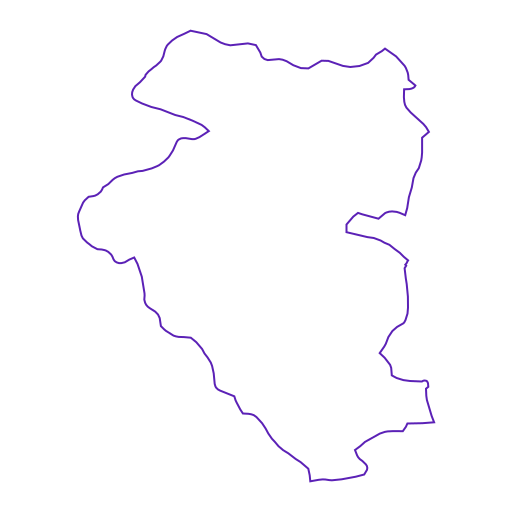 SVG path tracing the border of Bulgan
{"feature_id": "MNG-3323", "entity_name": "Bulgan", "entity_type": "Province", "adm_level": 1, "iso_a3": "MNG", "parent_name": "Mongolia", "parent_adm1": "", "projection": "robinson", "projection_center": [103.32, 48.825], "detail": "fine", "context": "isolated", "style": "outline", "palette": "violet", "viewbox_px": 512, "rotation_deg": 0, "n_neighbors": 0, "source": "natural_earth", "source_scale": "10m", "svg_char_len": 3595}
<svg xmlns="http://www.w3.org/2000/svg" viewBox="0 0 512 512"><path d="M190.5,30.7L206.6,34.1L220.6,42.5L225.1,44.2L230.3,45.3L247.9,43.4L255.9,45.1L260.3,52.5L261.7,56.6L264.4,59.0L267.7,60.1L279.0,59.1L282.6,59.7L286.6,61.2L293.3,65.2L300.9,68.1L308.4,68.4L321.6,60.7L328.4,60.9L342.9,65.9L350.3,67.0L359.5,66.0L368.1,62.9L373.6,57.8L376.0,54.6L381.9,51.1L385.0,48.6L396.1,56.4L404.6,65.8L405.9,68.0L407.7,72.6L408.2,75.0L408.6,79.8L415.4,85.5L414.7,86.7L413.6,87.7L411.6,88.6L409.3,89.1L404.1,89.3L403.9,97.2L404.3,101.8L405.0,104.8L406.4,107.6L410.7,112.5L423.4,124.0L426.1,127.2L428.9,131.9L422.1,137.7L422.1,152.6L421.7,157.4L421.2,160.5L418.8,168.2L415.8,172.6L413.5,178.1L411.8,187.5L408.9,197.2L407.2,208.1L405.2,215.2L399.6,212.8L396.7,211.9L392.1,211.4L389.1,211.7L386.4,212.5L385.1,213.1L378.5,218.7L362.2,214.3L358.0,212.9L353.3,216.6L346.5,224.5L346.5,232.2L367.4,237.1L373.8,238.0L380.6,240.5L384.4,242.7L389.4,244.8L394.6,249.0L399.8,252.8L403.8,256.8L408.1,260.4L407.5,261.3L406.5,263.3L405.3,264.7L406.2,265.7L404.6,268.2L405.8,278.3L406.7,284.0L407.9,296.6L408.0,307.6L407.5,313.6L405.5,320.0L404.3,322.3L403.4,323.3L397.1,326.9L392.4,331.0L388.4,337.0L385.8,343.8L384.3,346.5L379.7,353.1L384.6,357.7L390.1,364.8L391.2,367.9L391.8,375.4L396.6,378.0L403.4,380.1L410.0,381.0L421.9,381.5L422.9,380.9L424.2,380.5L425.9,380.7L426.7,381.0L427.3,381.7L428.0,383.2L428.3,386.8L426.0,388.7L426.3,395.8L426.9,400.0L431.6,415.8L434.1,422.3L422.4,423.2L407.4,423.5L405.9,426.8L402.8,431.2L393.6,431.1L387.6,431.4L384.8,431.9L379.8,433.6L365.0,441.9L360.3,446.1L355.0,450.0L357.1,455.4L358.2,457.3L359.8,459.1L362.4,461.0L365.9,464.4L366.9,466.0L367.3,467.9L367.0,469.8L364.2,474.5L355.8,476.7L341.7,479.3L331.9,480.3L329.3,480.1L325.3,479.5L322.7,479.4L318.7,479.8L310.3,481.3L309.7,475.3L308.3,468.7L300.6,462.1L295.7,459.0L288.3,453.3L283.2,450.2L278.5,446.2L274.8,441.8L271.9,438.7L268.3,433.5L265.6,428.5L262.1,423.2L256.4,417.0L253.7,415.1L251.3,414.3L248.5,413.8L242.9,413.5L240.3,409.5L236.6,402.5L235.6,400.4L234.3,396.3L227.8,393.7L220.1,390.6L217.9,389.4L216.0,387.5L215.4,386.3L214.7,383.9L213.7,373.3L212.1,366.0L210.8,362.6L207.6,357.5L204.5,353.5L202.1,349.0L196.3,342.2L190.8,337.7L184.1,337.1L178.6,336.9L176.0,336.4L173.5,335.6L166.0,330.9L164.2,329.4L160.9,326.1L159.7,318.1L158.0,314.5L155.2,311.6L149.8,308.2L147.7,306.6L146.1,304.7L145.1,302.7L144.3,299.6L144.6,295.5L144.5,293.3L141.8,276.7L137.5,263.9L134.2,257.5L129.3,259.6L124.8,262.3L121.4,263.1L118.9,263.1L116.7,262.4L114.8,261.2L113.6,259.5L112.4,256.6L111.2,254.6L108.3,251.9L105.8,250.5L104.5,250.1L101.7,249.5L97.4,249.2L91.9,246.3L89.5,244.3L87.1,242.5L82.9,238.4L81.5,235.6L80.2,230.3L80.0,229.2L78.1,220.0L77.9,216.4L78.2,214.0L79.1,211.6L83.1,202.6L84.8,200.3L88.6,196.8L93.3,196.1L95.2,195.6L97.7,194.3L100.8,191.6L102.1,189.5L103.0,187.4L108.3,184.1L112.6,179.9L114.8,178.2L117.3,176.8L124.1,174.5L132.3,172.9L137.9,171.3L142.6,170.9L151.7,168.4L156.8,166.3L158.9,165.3L164.0,161.6L168.4,157.4L169.7,155.6L173.0,150.4L176.7,142.0L177.8,140.3L178.8,139.5L181.1,138.4L183.4,138.1L185.6,138.1L191.8,139.1L194.4,139.1L195.7,138.8L199.5,137.1L208.8,131.1L204.8,127.3L201.6,124.9L192.4,120.6L183.2,117.0L175.2,115.0L160.6,109.3L151.4,107.0L142.1,103.5L135.9,100.5L134.1,99.3L133.0,97.9L132.5,96.9L132.0,94.6L132.2,92.2L133.1,89.6L135.4,86.1L140.0,82.2L145.1,76.7L145.6,74.8L148.6,71.4L151.5,69.1L153.7,67.2L156.2,65.5L160.1,61.9L161.1,60.8L163.3,56.4L164.8,50.5L165.4,48.8L166.8,45.9L167.8,44.6L172.1,40.5L177.1,37.0L184.2,33.8L190.4,30.8L190.5,30.7Z" fill="none" stroke="#5b21b6" stroke-width="2"/></svg>